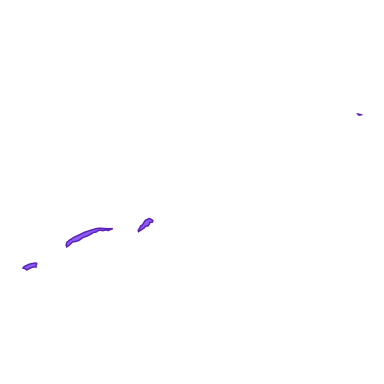 an SVG outline of Islas de la Bahía
{"feature_id": "HND-641", "entity_name": "Islas de la Bahía", "entity_type": "Department", "adm_level": 1, "iso_a3": "HND", "parent_name": "Honduras", "parent_adm1": "", "projection": "albers", "projection_center": [-86.1, 16.743], "detail": "fine", "context": "isolated", "style": "filled", "palette": "violet", "viewbox_px": 384, "rotation_deg": 0, "n_neighbors": 0, "source": "natural_earth", "source_scale": "10m", "svg_char_len": 994}
<svg xmlns="http://www.w3.org/2000/svg" viewBox="0 0 384 384"><path d="M66.1,245.1L66.9,242.3L70.1,239.7L74.5,237.0L77.9,235.5L84.4,232.3L91.6,230.0L96.3,228.6L99.6,228.2L104.0,228.5L107.4,228.7L112.8,228.7L110.6,229.4L108.2,230.6L106.1,229.9L102.8,230.7L100.5,230.2L98.5,230.5L97.8,230.9L96.3,231.9L95.6,232.2L94.6,232.2L93.0,232.6L91.0,234.1L87.0,236.1L83.0,237.5L78.8,240.5L75.1,241.6L72.6,241.9L70.8,243.6L69.0,245.3L66.8,246.9L66.1,245.1ZM142.5,224.9L144.3,221.8L145.5,220.2L149.2,218.5L151.2,219.3L152.9,220.7L152.4,222.1L149.9,222.4L149.4,224.0L147.9,226.0L145.7,226.1L144.3,227.8L138.6,231.6L138.2,230.6L139.3,228.5L140.9,225.7L142.5,224.9ZM36.1,263.1L36.8,263.8L35.8,265.7L36.1,267.0L34.0,266.9L32.3,267.3L29.3,268.5L26.7,270.0L25.1,268.7L23.0,268.0L24.0,266.7L28.9,264.3L31.8,263.6L33.3,263.4L34.8,263.0L36.1,263.1ZM357.8,114.0L358.6,114.1L359.4,114.3L360.2,114.5L361.0,114.8L359.9,115.1L359.0,115.1L358.3,114.7L357.8,114.0Z" fill="#8b5cf6" stroke="#5b21b6" stroke-width="1.5"/></svg>